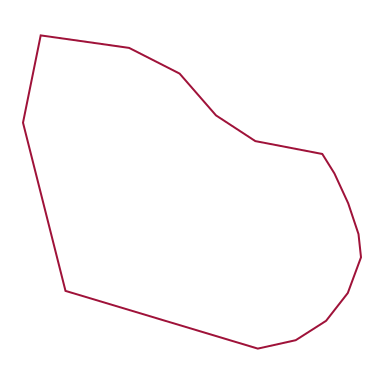 SVG path tracing the border of Saint Anthony
{"feature_id": "MSR-5087", "entity_name": "Saint Anthony", "entity_type": "Parish", "adm_level": 1, "iso_a3": "MSR", "parent_name": "Montserrat", "parent_adm1": "", "projection": "robinson", "projection_center": [-62.171, 16.712], "detail": "fine", "context": "isolated", "style": "outline", "palette": "rose", "viewbox_px": 384, "rotation_deg": 0, "n_neighbors": 0, "source": "natural_earth", "source_scale": "10m", "svg_char_len": 325}
<svg xmlns="http://www.w3.org/2000/svg" viewBox="0 0 384 384"><path d="M322.3,154.0L334.4,173.4L348.2,203.3L358.5,234.1L361.0,257.3L347.8,293.0L326.1,320.8L295.7,340.2L257.8,348.6L65.5,290.9L23.0,122.7L40.7,35.4L129.1,47.9L179.6,73.6L216.0,115.4L255.3,141.1L322.3,154.0Z" fill="none" stroke="#9f1239" stroke-width="2"/></svg>